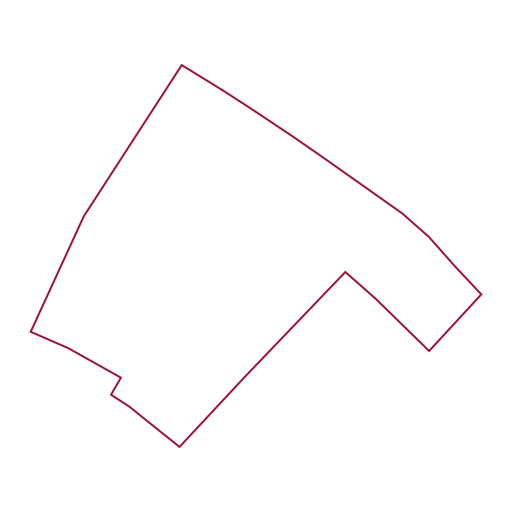 the district of Alapi, Tuvalu
{"feature_id": "33948139B89877279250405", "entity_name": "Alapi", "entity_type": "district", "adm_level": 2, "iso_a3": "TUV", "parent_name": "Tuvalu", "parent_adm1": "", "projection": "orthographic", "projection_center": [179.197, -8.522], "detail": "fine", "context": "isolated", "style": "outline", "palette": "rose", "viewbox_px": 512, "rotation_deg": 0, "n_neighbors": 0, "source": "geoboundaries", "source_scale": "gbopen_adm2", "svg_char_len": 385}
<svg xmlns="http://www.w3.org/2000/svg" viewBox="0 0 512 512"><path d="M181.7,65.1L83.8,216.3L30.7,331.8L68.7,348.4L120.9,377.7L111.0,394.7L130.1,407.2L150.1,423.4L179.5,446.9L244.2,377.5L345.3,272.0L375.7,298.8L429.1,351.0L481.3,294.4L454.3,265.6L429.0,237.0L402.2,213.4L324.5,158.5L294.1,137.4L249.1,107.4L222.5,90.2L181.7,65.1Z" fill="none" stroke="#9f1239" stroke-width="2"/></svg>